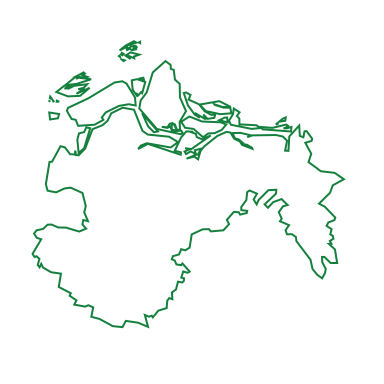 Barisal, Barisal, Bangladesh, rotated 277°
{"feature_id": "16705992B66943755852345", "entity_name": "Barisal", "entity_type": "district", "adm_level": 2, "iso_a3": "BGD", "parent_name": "Bangladesh", "parent_adm1": "Barisal", "projection": "robinson", "projection_center": [90.343, 22.763], "detail": "fine", "context": "isolated", "style": "outline", "palette": "green", "viewbox_px": 384, "rotation_deg": 277, "n_neighbors": 0, "source": "geoboundaries", "source_scale": "gbopen_adm2", "svg_char_len": 6041}
<svg xmlns="http://www.w3.org/2000/svg" viewBox="0 0 384 384"><g transform="rotate(277 192 192)"><path d="M139.2,344.7L152.4,340.9L157.2,334.2L157.7,336.7L160.2,334.8L162.8,338.1L165.7,337.1L166.7,334.4L172.1,335.1L174.8,329.7L178.3,331.0L181.5,336.8L184.1,337.3L193.6,325.6L195.9,319.5L208.1,329.1L215.8,330.9L223.2,341.2L228.4,331.2L228.3,317.4L235.9,304.0L244.5,305.7L254.7,298.5L257.2,304.4L259.5,304.8L266.4,298.3L266.0,296.3L259.9,295.9L260.8,292.2L271.0,290.3L259.0,281.8L244.6,282.7L244.4,279.4L254.5,280.1L258.1,275.5L258.8,268.6L255.6,245.2L253.2,240.2L255.5,243.1L256.6,233.0L255.4,225.0L250.5,228.1L249.9,232.0L245.6,238.4L245.6,240.8L243.2,246.2L242.2,246.7L244.9,235.9L248.0,233.3L250.0,227.4L255.7,222.9L255.8,218.7L250.8,210.4L238.8,198.6L233.6,195.4L225.2,194.1L227.4,189.9L224.5,182.5L228.6,190.0L230.6,190.2L232.1,185.6L228.9,181.5L231.3,179.7L233.9,184.0L234.7,179.8L234.5,186.1L250.4,203.7L245.5,195.6L247.1,190.0L250.2,188.7L251.2,184.5L251.9,185.8L251.5,179.0L244.8,174.5L230.8,169.9L230.0,176.2L227.6,176.2L234.4,142.3L228.1,133.3L231.8,135.5L234.9,141.2L233.6,165.4L239.8,172.1L244.1,162.6L243.6,141.2L246.6,135.4L266.6,124.4L267.2,112.9L260.3,102.3L252.4,99.5L247.5,95.2L242.2,85.6L222.2,80.7L214.6,75.0L214.5,72.4L218.9,71.1L214.9,71.2L214.7,66.4L220.9,60.3L221.4,55.9L205.0,49.4L204.5,46.9L181.9,46.0L175.7,48.5L175.1,57.2L180.0,65.1L181.5,71.0L177.7,83.4L165.1,88.3L158.7,87.5L150.4,92.3L150.9,87.5L146.5,87.2L142.7,91.4L139.0,84.8L141.3,71.4L140.5,63.5L142.6,56.5L141.9,52.6L137.2,48.7L135.1,42.5L131.6,40.3L127.6,43.5L126.7,48.1L111.2,41.3L108.3,43.6L109.3,45.5L107.1,48.7L100.8,47.8L98.7,49.9L102.3,51.1L98.9,53.3L95.2,61.9L95.0,71.9L81.5,71.3L76.8,84.0L74.1,83.2L70.4,90.5L65.9,88.9L65.2,99.8L67.0,103.0L65.4,108.0L55.9,107.3L54.7,115.8L49.2,129.7L49.4,139.5L56.0,142.0L55.7,154.4L52.8,164.8L64.2,160.2L63.0,164.6L64.3,167.1L62.8,168.4L70.1,173.0L73.7,181.0L81.2,180.7L83.9,182.3L83.2,185.6L89.9,184.3L93.3,188.0L101.3,189.0L101.0,193.3L102.6,194.7L105.4,194.6L105.7,191.8L112.1,193.0L111.3,197.4L112.7,199.4L119.9,191.2L118.1,190.2L118.2,185.4L121.9,183.2L122.7,180.2L126.0,180.9L128.5,186.8L133.9,188.2L133.3,192.5L136.5,196.4L149.9,196.9L156.3,207.2L157.2,213.3L155.2,215.6L157.8,227.8L164.6,232.7L168.6,230.0L177.4,236.0L177.6,240.9L175.4,242.5L177.8,248.9L180.0,249.1L180.0,243.2L183.0,242.7L190.6,246.9L198.6,246.8L200.5,248.9L198.3,256.7L192.0,254.1L187.6,257.7L192.2,259.1L203.1,267.6L204.5,275.4L200.6,275.6L188.6,265.6L185.6,269.3L191.9,273.9L195.9,281.8L190.7,288.5L188.9,284.1L182.6,280.6L176.5,284.3L173.7,282.9L170.9,292.4L165.6,289.5L161.6,291.4L162.3,296.3L160.0,300.6L156.0,301.6L139.2,317.9L130.3,321.0L125.0,326.5L122.2,331.7L127.9,333.9L132.0,334.1L138.3,329.8L143.4,329.0L143.7,331.3L138.4,338.3L139.2,344.7ZM318.7,149.7L305.9,138.5L285.3,134.9L276.6,129.9L268.5,129.5L250.3,149.4L248.0,173.8L249.5,175.4L251.6,173.8L250.0,166.6L250.9,164.3L254.4,162.4L252.6,159.7L253.0,154.1L253.2,159.8L257.0,161.5L258.0,164.1L256.9,166.8L251.9,169.5L252.3,172.5L260.2,171.2L271.5,176.2L284.5,168.5L297.8,166.6L301.5,161.4L311.0,159.0L311.6,156.0L315.5,155.3L318.7,149.7ZM243.8,70.9L246.9,87.1L252.9,95.3L254.9,93.4L260.5,96.7L268.6,109.1L271.4,118.6L271.0,125.6L278.9,123.9L291.7,113.7L293.4,109.3L291.2,101.7L272.5,77.9L260.4,58.7L257.4,57.9L253.2,61.0L249.8,63.6L249.5,67.8L243.8,70.9ZM264.7,212.3L263.2,193.4L266.6,180.2L260.4,172.7L254.9,177.3L254.8,185.9L247.7,196.3L252.1,201.1L253.2,207.4L257.3,214.0L263.1,217.7L264.7,212.3ZM281.2,220.0L285.5,208.0L279.7,188.9L274.0,195.9L272.7,210.6L274.9,221.4L280.3,219.8L279.6,212.8L281.2,204.1L281.8,203.5L280.1,212.1L281.2,220.0ZM279.9,188.3L283.3,177.4L288.2,178.7L290.1,173.9L289.2,171.8L277.5,177.4L269.1,185.3L266.6,190.7L269.2,186.8L270.8,185.3L266.1,196.0L266.9,197.9L269.2,194.4L269.7,194.6L266.5,198.5L268.3,205.1L271.8,205.6L270.9,201.8L273.7,194.7L279.9,188.3ZM282.1,52.5L274.7,45.2L271.8,57.3L273.8,69.2L282.9,77.7L275.4,65.3L280.5,71.5L280.2,66.6L282.3,71.9L286.2,74.8L283.1,62.2L279.1,56.1L282.0,58.6L279.9,56.4L279.1,52.8L282.0,57.3L282.1,52.5ZM279.9,223.3L274.2,223.2L267.2,220.0L263.5,222.4L261.9,243.4L263.8,252.2L266.1,247.7L264.9,230.8L270.7,230.0L272.9,227.3L276.9,229.5L279.9,223.3ZM236.4,72.7L230.0,71.8L217.0,74.7L222.2,79.6L242.9,83.2L243.2,79.2L238.3,77.6L236.4,72.7ZM295.5,118.6L286.2,120.7L279.9,126.5L283.4,124.6L281.6,127.0L284.9,129.3L284.0,130.5L295.5,132.2L297.3,123.8L295.5,118.6ZM270.4,277.2L265.5,264.2L264.9,252.2L262.8,254.4L264.1,282.9L268.6,282.8L266.7,278.0L266.3,275.1L268.3,279.3L269.3,277.5L268.9,280.3L270.4,277.2ZM282.6,53.2L285.2,64.2L291.6,78.2L291.6,65.4L290.2,63.2L291.6,64.5L291.9,62.1L282.6,53.2ZM248.0,150.8L264.1,132.9L251.9,140.4L246.7,146.8L248.0,150.8ZM253.2,50.6L253.5,40.6L246.7,42.3L248.8,49.9L253.2,50.6ZM323.1,113.9L319.2,109.4L316.5,114.8L319.8,110.7L317.7,118.4L319.4,117.9L321.9,122.9L323.1,113.9ZM251.2,169.4L256.4,166.4L257.2,163.6L251.4,164.2L251.2,169.4ZM270.2,217.8L269.8,215.4L266.6,210.3L265.4,218.8L270.2,217.8ZM236.1,195.7L233.8,189.7L229.4,191.6L229.8,193.3L236.1,195.7ZM329.5,108.6L323.7,102.9L328.7,110.4L328.4,107.7L333.5,118.7L334.6,116.1L329.5,108.6ZM292.3,62.4L292.6,72.4L293.5,74.2L295.2,66.6L292.3,62.4ZM329.1,113.8L324.7,110.0L326.8,112.9L325.4,114.9L327.1,120.0L327.1,116.3L329.7,116.8L328.5,120.1L330.2,118.3L329.1,113.8ZM277.4,275.9L275.8,273.1L272.3,269.8L274.1,275.9L277.4,275.9ZM299.5,129.8L298.2,125.9L297.6,125.7L296.6,131.0L299.5,129.8ZM321.6,105.4L320.2,104.9L319.2,106.1L320.6,107.5L321.6,105.4ZM295.7,67.3L295.9,70.7L296.5,71.3L297.5,69.8L295.7,67.3ZM314.5,109.2L314.9,107.3L314.7,106.4L313.6,108.1L314.5,109.2ZM266.2,46.7L265.1,46.7L265.5,49.2L266.2,46.7ZM327.1,111.1L327.2,109.3L325.5,110.0L327.1,111.1ZM269.4,39.6L267.9,39.5L267.1,41.7L267.7,41.4L269.4,39.6ZM317.1,104.2L318.6,103.5L318.0,102.9L317.1,104.2ZM269.2,267.0L270.0,268.8L271.2,268.8L269.2,267.0ZM333.9,121.0L333.5,122.4L334.8,122.2L333.9,121.0ZM264.2,43.8L265.5,43.5L266.3,42.5L264.2,43.8ZM265.9,39.3L263.8,39.5L266.1,39.3L265.9,39.3Z" fill="none" stroke="#15803d" stroke-width="2"/></g></svg>